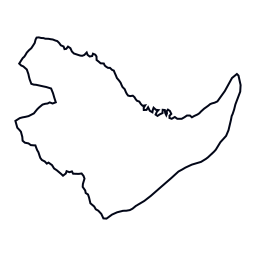 the district of Mundo Novo, Mato Grosso do Sul, Brazil
{"feature_id": "56859067B58386518571504", "entity_name": "Mundo Novo", "entity_type": "district", "adm_level": 2, "iso_a3": "BRA", "parent_name": "Brazil", "parent_adm1": "Mato Grosso do Sul", "projection": "mercator", "projection_center": [-54.282, -23.941], "detail": "fine", "context": "isolated", "style": "outline", "palette": "ink", "viewbox_px": 256, "rotation_deg": 0, "n_neighbors": 0, "source": "geoboundaries", "source_scale": "gbopen_adm2", "svg_char_len": 2683}
<svg xmlns="http://www.w3.org/2000/svg" viewBox="0 0 256 256"><path d="M236.9,74.0L232.0,78.0L224.8,91.1L217.4,101.4L214.6,102.7L212.0,103.4L210.2,104.1L208.4,105.6L206.2,107.2L204.2,108.6L201.1,111.4L199.3,113.3L197.5,114.5L194.2,116.0L191.9,117.3L189.9,115.5L187.0,115.5L184.5,117.2L181.7,118.8L179.8,118.8L177.3,118.8L174.8,117.0L171.7,118.8L169.5,118.0L169.5,115.7L171.3,113.9L169.9,111.0L167.9,109.6L166.6,111.3L167.0,113.3L166.3,115.2L165.2,112.9L164.8,110.0L162.7,109.8L162.5,113.1L159.9,114.3L157.5,115.9L155.6,114.6L156.9,111.7L158.4,110.1L155.9,109.8L153.6,107.7L152.9,109.6L152.4,112.3L149.8,110.8L148.1,107.3L146.5,109.9L143.8,110.0L143.7,107.7L145.1,105.4L142.6,105.8L140.9,104.1L139.3,101.6L136.9,100.7L135.6,99.1L134.5,97.2L132.8,95.7L130.2,96.1L128.1,95.6L126.7,93.7L125.8,91.9L124.7,89.2L122.5,87.0L121.6,85.1L120.6,82.7L119.1,80.6L116.9,78.0L115.9,75.5L114.6,72.6L113.8,70.6L112.1,69.9L110.0,67.9L108.1,67.9L106.4,66.9L104.8,65.6L103.8,63.5L100.6,63.3L98.7,61.6L96.6,60.0L96.5,56.5L95.3,54.7L93.0,53.7L92.2,56.0L89.7,56.5L87.6,54.9L86.7,52.5L84.3,55.0L82.2,55.8L80.3,55.6L78.1,54.9L73.9,53.5L71.9,51.5L70.4,48.2L68.0,46.6L66.3,48.8L64.5,49.1L63.6,46.5L60.8,45.3L59.2,43.0L57.3,41.1L55.3,40.5L52.8,39.5L50.6,39.2L48.5,38.8L45.3,38.7L43.4,38.1L41.2,38.0L38.8,37.4L36.6,37.6L35.6,39.5L34.7,43.0L32.9,45.8L31.3,48.2L29.0,50.2L26.8,52.6L25.6,54.7L24.3,56.7L22.8,58.0L21.1,60.6L19.2,63.6L21.2,65.5L23.3,66.4L26.8,69.5L28.4,74.1L29.0,76.9L29.6,79.2L31.3,83.8L33.7,84.6L36.1,84.8L43.8,86.5L46.2,87.0L51.1,88.5L53.0,93.2L54.3,97.7L55.8,102.3L52.6,103.5L49.7,102.4L47.6,103.5L45.1,103.8L42.5,104.6L38.9,107.6L37.2,109.3L35.4,111.5L33.9,113.4L31.7,114.5L28.6,116.1L25.2,116.9L22.4,117.4L19.8,118.1L15.4,120.9L17.3,127.7L19.3,129.8L20.9,131.7L22.3,136.9L22.6,140.7L24.9,142.7L28.5,143.4L30.8,145.1L33.3,145.3L35.4,145.4L36.4,148.2L37.2,150.2L38.4,152.2L39.6,155.9L40.3,157.9L41.9,160.0L44.7,161.4L46.8,163.6L48.5,162.6L52.0,165.1L54.1,168.5L56.7,170.2L59.2,172.3L61.0,173.8L63.0,175.7L65.8,173.5L66.6,171.2L69.5,172.2L71.9,171.4L73.1,173.7L78.7,173.9L81.6,173.5L83.5,175.9L84.5,178.6L82.9,184.0L82.7,186.9L85.2,190.5L85.7,193.0L88.0,194.5L89.0,197.4L90.4,203.3L94.2,206.5L95.8,209.3L98.3,210.7L101.3,213.9L103.4,218.4L106.5,218.6L112.0,214.6L117.1,212.3L123.0,210.8L126.4,210.7L129.8,210.1L132.5,208.7L135.9,205.9L144.2,201.0L150.8,195.9L159.6,188.2L171.8,177.6L175.2,174.5L178.5,171.5L182.2,169.5L185.4,167.6L191.9,164.6L201.0,161.9L205.9,158.9L207.9,157.4L214.0,151.7L215.8,149.7L220.4,142.2L226.1,135.9L228.5,130.2L230.9,120.1L231.7,116.0L232.6,114.1L234.1,109.6L235.4,104.4L240.2,91.7L240.6,85.1L238.5,75.6L236.9,74.0Z" fill="none" stroke="#020617" stroke-width="2"/></svg>